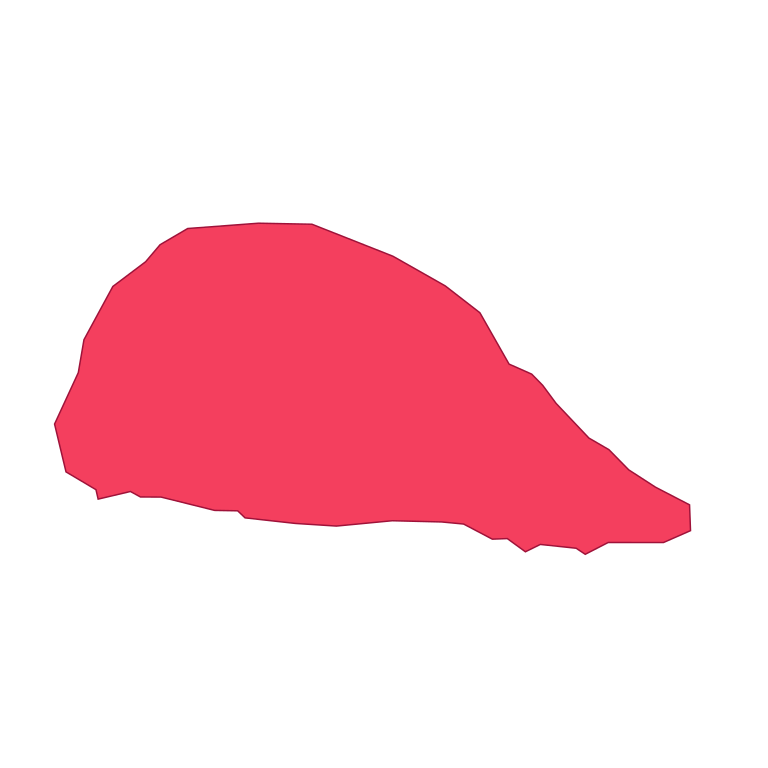 outline of Kuttu, Federated States of Micronesia, rotated 97°
{"feature_id": "79324940B89701258705978", "entity_name": "Kuttu", "entity_type": "district", "adm_level": 2, "iso_a3": "FSM", "parent_name": "Federated States of Micronesia", "parent_adm1": "", "projection": "equal_earth", "projection_center": [153.459, 5.455], "detail": "fine", "context": "isolated", "style": "filled", "palette": "rose", "viewbox_px": 768, "rotation_deg": 97, "n_neighbors": 0, "source": "geoboundaries", "source_scale": "gbopen_adm2", "svg_char_len": 707}
<svg xmlns="http://www.w3.org/2000/svg" viewBox="0 0 768 768"><g transform="rotate(97 384 384)"><path d="M513.9,310.0L513.3,287.9L524.8,257.6L522.4,242.8L533.3,223.2L524.2,209.3L523.6,173.3L528.5,163.5L514.0,142.2L507.3,87.3L492.2,61.9L466.7,66.0L453.3,102.0L439.4,130.6L421.8,152.7L412.7,174.0L382.3,210.8L366.0,226.3L356.2,238.6L349.0,262.3L301.6,297.5L279.2,335.1L256.1,390.7L234.2,475.0L239.7,528.2L253.6,597.8L273.0,623.2L291.7,635.5L320.2,665.0L376.6,687.2L410.0,688.8L463.9,706.1L510.0,688.9L524.0,657.0L533.1,653.7L521.6,622.6L525.8,612.0L523.4,591.5L530.1,536.7L527.7,513.8L533.8,505.6L533.2,454.9L530.8,413.9L518.7,359.1L513.9,310.0Z" fill="#f43f5e" stroke="#9f1239" stroke-width="1.5"/></g></svg>